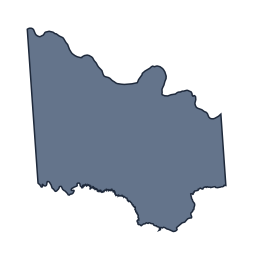 Mirití-paraná (Campoamor), Amazonas, Colombia (Robinson projection), rotated 176°
{"feature_id": "7082276B32823628766031", "entity_name": "Mirití-paraná (Campoamor)", "entity_type": "district", "adm_level": 2, "iso_a3": "COL", "parent_name": "Colombia", "parent_adm1": "Amazonas", "projection": "robinson", "projection_center": [-71.095, -0.731], "detail": "fine", "context": "isolated", "style": "filled", "palette": "slate", "viewbox_px": 256, "rotation_deg": 176, "n_neighbors": 0, "source": "geoboundaries", "source_scale": "gbopen_adm2", "svg_char_len": 5600}
<svg xmlns="http://www.w3.org/2000/svg" viewBox="0 0 256 256"><g transform="rotate(176 128 128)"><path d="M221.6,233.5L221.6,79.3L219.7,77.3L218.7,75.3L218.1,75.1L217.6,75.3L217.4,76.0L217.5,77.4L217.3,77.7L216.9,77.6L216.1,76.5L215.3,76.1L214.3,76.0L213.6,76.4L213.1,77.1L212.5,79.8L212.0,80.2L211.2,80.1L210.5,79.8L209.9,79.0L209.5,78.0L208.8,76.9L207.9,73.5L207.4,72.8L206.8,72.6L205.4,70.4L204.9,69.9L203.7,70.1L201.7,71.9L201.2,72.5L200.5,74.2L199.5,74.5L198.9,74.5L198.4,73.9L197.5,71.5L196.3,70.2L195.5,69.8L194.3,68.5L193.0,66.9L192.3,65.5L191.6,65.3L191.3,65.2L190.1,66.0L188.7,66.1L187.8,66.6L187.2,67.1L186.2,68.9L186.2,69.4L186.4,69.6L188.3,69.6L188.8,69.8L189.0,70.5L188.4,71.5L185.7,72.8L183.0,73.7L182.7,74.2L182.7,75.7L182.5,76.2L182.2,76.4L181.1,76.5L180.4,76.4L179.9,75.7L179.6,73.5L178.7,72.7L178.3,71.6L177.6,71.6L177.6,72.1L176.9,72.2L176.4,72.7L176.6,72.9L177.1,72.7L177.3,73.0L177.1,73.9L176.6,74.2L175.5,73.5L174.9,74.4L174.2,74.8L173.9,74.6L173.8,73.4L173.4,73.0L173.1,73.3L173.1,73.6L172.6,73.8L172.5,73.5L172.0,73.5L171.9,74.1L171.7,73.9L171.5,74.0L171.3,73.7L170.9,73.8L170.5,72.9L169.9,73.2L169.7,72.5L169.3,72.4L169.7,72.0L169.6,71.8L169.8,71.5L169.7,70.8L170.1,70.0L169.7,69.9L169.1,70.9L168.3,70.8L167.3,71.7L166.9,70.6L166.5,71.3L165.7,69.9L165.6,70.4L165.3,70.1L165.0,70.0L165.3,69.8L165.2,69.6L164.7,69.7L164.6,69.4L164.3,69.7L164.1,69.4L163.8,69.4L164.0,69.0L163.2,68.9L163.0,68.7L162.9,68.4L163.1,67.5L162.2,66.7L161.8,67.2L161.4,67.1L161.5,67.5L161.2,67.3L161.2,67.6L160.8,67.7L160.7,67.5L160.0,67.2L160.0,66.9L159.8,67.1L159.8,66.9L159.5,66.8L159.5,67.1L159.2,66.8L159.5,66.6L159.3,66.4L159.1,66.6L158.9,66.0L158.5,66.3L157.9,65.8L157.6,66.1L157.3,65.9L156.7,66.1L156.8,66.4L156.5,66.4L156.6,66.8L155.7,67.1L155.8,67.4L155.5,67.6L155.1,67.5L154.8,68.1L154.8,67.8L154.5,67.7L154.2,67.8L154.1,68.0L153.9,67.5L153.7,68.0L153.1,68.0L153.1,67.7L152.1,67.4L151.8,67.6L151.8,67.2L151.6,67.4L151.4,67.0L150.9,67.3L150.6,67.1L150.6,67.4L149.4,67.0L149.5,67.5L149.3,67.7L149.2,66.9L148.7,66.8L148.5,67.0L148.2,67.4L148.0,66.8L147.6,66.7L147.5,66.4L147.4,66.7L146.9,66.5L146.9,65.9L146.6,66.0L146.7,65.8L146.2,65.5L146.2,65.0L145.9,65.0L146.0,64.8L145.8,64.6L145.5,64.7L145.4,64.1L145.6,64.0L145.7,63.4L145.5,63.0L145.2,63.1L145.1,62.4L144.8,62.2L144.8,61.8L144.6,61.9L144.5,61.6L143.7,61.7L143.1,61.3L142.5,61.5L142.5,61.0L142.2,61.3L142.2,61.1L141.5,60.8L140.9,61.1L140.4,60.9L139.8,61.0L139.6,60.7L139.0,61.2L138.7,61.0L138.4,60.6L138.3,60.8L138.1,60.5L137.9,60.4L137.0,60.1L137.0,59.6L136.8,59.8L136.4,59.7L134.9,58.3L134.1,58.2L133.7,57.1L133.8,56.4L133.6,56.1L133.4,56.2L133.2,55.8L133.3,55.5L132.6,54.8L132.5,55.0L132.4,54.8L131.4,54.9L131.3,54.5L130.9,54.4L130.3,53.5L129.7,53.0L129.4,51.8L128.9,51.4L128.9,51.0L128.3,50.8L128.4,50.3L128.0,49.5L127.3,49.0L127.2,48.7L126.9,48.9L126.8,48.5L126.3,48.4L126.3,47.6L126.7,46.3L126.4,46.2L126.3,45.3L126.0,45.2L126.1,44.1L125.8,43.5L125.1,43.3L125.0,43.0L125.2,42.4L124.5,41.6L124.3,41.1L124.5,40.9L123.9,40.2L123.9,39.4L124.3,38.4L123.8,37.8L123.9,37.2L123.6,36.7L123.8,36.4L123.7,35.5L124.6,35.6L125.4,34.8L125.4,33.8L124.7,33.2L124.8,31.9L124.6,31.2L124.1,30.9L123.6,31.0L122.6,30.5L121.7,29.6L119.2,31.2L117.9,31.2L117.1,31.5L116.4,32.2L114.6,31.4L113.8,32.0L113.0,31.9L111.8,31.1L109.7,30.7L109.1,29.4L107.5,28.5L106.6,28.6L105.8,27.5L104.2,27.1L103.7,26.5L103.6,25.4L103.6,24.6L104.2,23.8L102.8,24.3L102.5,26.1L102.1,26.5L100.6,25.9L100.0,26.3L99.5,26.5L98.1,26.0L96.3,24.6L94.5,24.0L90.1,21.6L88.4,21.7L86.7,22.5L86.1,23.4L86.6,24.9L86.2,25.5L80.6,29.6L77.9,30.2L74.9,33.2L73.1,33.8L71.0,33.9L70.8,34.2L70.7,35.2L71.3,37.1L71.3,38.5L70.9,39.1L69.6,40.1L69.2,40.7L69.0,41.6L68.2,41.9L68.0,42.2L67.7,43.7L67.7,44.2L67.3,45.0L66.8,46.6L67.0,48.3L67.4,48.7L68.5,50.5L68.8,52.0L69.6,53.5L69.5,54.5L69.8,55.2L70.0,57.9L68.9,58.0L68.5,57.9L68.0,57.3L67.7,57.4L67.6,57.7L67.7,58.4L66.6,59.0L66.6,59.7L66.0,60.4L62.6,60.9L62.2,61.3L62.2,62.0L61.1,62.3L60.2,63.0L59.8,62.9L59.1,62.3L57.8,61.9L57.5,62.0L57.2,62.8L56.3,63.5L55.0,63.8L54.7,63.6L54.3,63.8L53.6,63.3L53.2,63.8L52.9,63.9L51.7,63.3L50.2,63.3L49.7,62.8L46.4,63.4L45.2,63.4L44.7,62.6L42.9,62.2L39.8,62.6L38.8,62.9L37.8,62.8L37.1,63.0L36.4,63.4L36.3,64.0L36.0,64.2L34.4,63.8L34.4,135.4L36.9,133.4L40.7,131.6L42.4,131.2L44.5,131.5L45.6,132.1L46.7,133.4L47.8,136.8L48.8,138.1L50.9,139.2L53.1,141.1L57.2,142.9L58.4,143.9L59.2,145.7L59.5,147.3L59.5,148.2L58.4,151.5L58.4,154.4L58.7,155.0L59.6,155.7L60.1,155.7L60.7,155.2L61.3,155.4L61.6,156.0L61.8,158.1L62.5,159.6L65.9,161.4L66.9,161.5L69.9,160.9L71.3,161.0L73.1,160.3L75.1,160.3L76.4,159.9L78.3,158.6L82.7,158.2L86.1,157.2L89.2,157.6L91.5,158.8L91.8,159.6L91.5,160.7L91.4,164.1L90.7,165.7L89.2,168.3L88.0,171.8L86.6,174.6L86.3,177.1L87.3,181.3L88.6,183.9L89.6,185.1L91.8,186.9L94.4,187.8L95.3,187.8L97.3,187.3L99.1,188.0L100.3,187.5L102.1,186.1L107.1,183.6L109.9,181.5L110.3,180.1L114.1,175.5L115.1,173.3L115.7,172.5L121.1,171.8L128.6,171.7L131.8,172.2L135.8,173.1L137.0,173.8L138.3,174.9L140.4,176.4L142.6,178.8L144.0,179.7L147.2,180.8L148.5,181.8L149.2,183.7L150.0,187.1L153.1,190.8L154.1,192.5L155.1,194.9L157.1,197.6L158.4,200.4L159.3,201.4L161.7,203.0L163.6,203.6L166.3,203.3L168.8,202.2L169.2,201.5L170.7,201.6L173.7,202.6L175.9,203.9L178.4,206.0L179.2,207.1L180.9,210.4L182.4,215.5L183.9,217.5L186.1,221.9L186.8,222.7L190.2,224.6L192.9,226.9L194.2,227.2L196.1,228.8L199.9,230.0L203.5,229.4L204.1,229.1L205.9,226.7L209.1,225.3L210.1,225.3L212.0,226.2L213.3,227.4L213.9,228.4L215.4,232.8L216.4,233.8L217.6,234.3L219.3,234.4L220.5,234.1L221.6,233.5Z" fill="#64748b" stroke="#1e293b" stroke-width="1.5"/></g></svg>